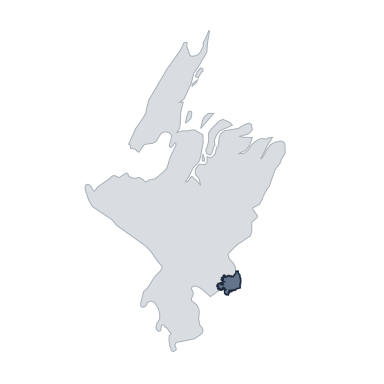 Nawabganj, Rajshahi, Bangladesh (highlighted), rotated 217°
{"feature_id": "16705992B76725860359822", "entity_name": "Nawabganj", "entity_type": "district", "adm_level": 2, "iso_a3": "BGD", "parent_name": "Bangladesh", "parent_adm1": "Rajshahi", "projection": "robinson", "projection_center": [88.409, 24.691], "detail": "fine", "context": "in_parent", "style": "filled", "palette": "slate", "viewbox_px": 384, "rotation_deg": 217, "n_neighbors": 0, "source": "geoboundaries", "source_scale": "gbopen_adm2", "svg_char_len": 8576}
<svg xmlns="http://www.w3.org/2000/svg" viewBox="0 0 384 384"><g transform="rotate(217 192 192)"><path d="M139.1,268.4L139.0,259.7L133.6,242.5L133.9,240.6L132.7,232.3L131.4,227.7L130.7,222.8L133.9,215.8L132.6,214.6L125.5,212.5L124.6,210.7L126.1,203.8L121.0,197.2L118.9,192.3L124.4,176.5L125.8,165.5L125.4,163.4L122.0,161.0L116.1,160.0L111.9,157.9L109.4,154.8L107.3,153.6L104.7,154.5L101.5,153.3L98.7,150.2L96.4,146.4L97.3,142.3L101.6,132.6L103.3,132.4L107.0,134.2L108.4,134.2L110.9,130.4L114.3,119.5L126.4,120.4L129.2,120.1L132.3,119.2L133.9,117.8L134.8,116.1L134.5,114.6L130.8,112.5L129.4,111.0L128.3,106.6L127.2,104.9L120.0,104.7L116.2,102.7L114.2,100.9L110.5,94.9L105.9,90.5L101.6,89.5L99.9,88.1L99.0,85.8L99.5,82.5L101.7,76.2L113.7,62.7L114.0,61.1L113.5,59.4L110.0,57.2L109.8,56.1L110.8,53.3L112.7,52.9L116.9,55.5L121.1,59.7L123.6,63.4L123.6,66.4L126.9,67.0L129.6,68.3L132.5,67.9L134.3,68.6L135.5,68.4L136.0,66.7L133.6,62.4L134.7,60.6L137.5,60.7L139.5,62.3L140.9,65.6L141.2,70.7L144.4,75.3L148.7,78.6L152.0,80.1L156.0,81.2L159.4,80.2L161.1,76.9L160.3,74.1L160.9,71.5L162.2,70.1L164.4,70.1L166.0,72.2L170.7,83.2L169.7,88.1L170.8,101.6L169.7,110.5L170.4,113.8L171.2,114.5L178.3,116.1L188.5,119.6L196.3,121.0L231.6,120.0L239.3,121.7L262.8,120.4L269.3,123.2L276.3,127.8L280.2,131.2L281.0,133.2L280.5,134.9L279.2,135.8L276.8,135.8L271.3,133.6L270.3,134.2L270.3,139.6L265.9,152.9L265.2,157.0L263.7,158.6L259.0,159.5L256.0,167.3L254.7,168.2L251.7,166.5L249.8,166.8L247.4,167.5L245.0,169.3L243.4,171.5L241.5,172.3L234.9,172.2L233.6,175.7L229.3,180.5L226.4,193.0L226.7,196.8L230.4,206.8L233.0,219.7L234.0,221.1L235.2,221.2L235.3,215.2L236.4,214.5L238.0,215.1L241.1,223.1L242.9,225.2L245.6,225.7L248.8,224.5L251.1,222.2L252.0,219.7L251.1,210.9L252.6,207.4L257.9,202.1L258.7,200.5L258.3,191.8L260.3,191.5L263.1,192.2L266.5,190.1L267.5,190.0L269.0,192.3L271.4,191.9L275.2,209.2L275.6,221.4L276.5,228.2L277.8,229.7L281.9,239.9L286.0,275.7L286.6,298.5L288.2,306.3L286.9,308.0L285.6,308.3L284.3,305.6L275.6,299.8L273.5,300.4L270.6,303.8L269.4,306.9L269.9,311.3L270.9,315.6L273.0,318.0L273.2,320.8L275.6,331.0L274.9,331.1L270.1,321.7L264.3,312.6L262.3,296.1L262.1,288.0L258.1,278.5L254.4,261.9L255.9,256.0L253.2,258.6L248.8,248.6L242.0,238.8L240.0,234.5L239.9,230.3L237.0,234.5L233.0,237.5L229.0,242.0L226.3,243.3L217.7,244.2L212.8,238.2L205.6,223.5L204.7,220.2L205.6,211.6L203.9,203.5L203.4,196.3L202.1,196.9L201.6,198.9L201.9,201.9L201.4,204.5L189.5,202.8L194.6,207.1L200.0,208.1L202.9,211.9L203.1,218.3L197.7,222.2L198.2,225.4L201.3,229.3L197.6,230.5L196.6,233.0L196.5,236.7L199.2,242.3L198.7,244.6L203.2,251.9L204.1,255.5L203.0,260.4L193.3,270.6L190.5,277.7L188.1,281.1L185.2,281.7L181.5,278.3L181.4,274.8L182.2,272.0L187.2,265.3L184.5,266.2L176.6,271.8L175.1,267.3L174.1,263.1L174.1,258.0L177.9,250.4L173.6,254.2L172.4,259.0L172.9,264.5L172.4,268.5L170.7,273.7L168.4,276.8L164.7,278.8L163.1,281.8L160.6,284.1L159.7,273.7L157.0,259.6L156.4,262.6L157.8,271.3L157.8,277.0L155.8,281.5L151.7,286.3L148.6,287.0L146.7,286.2L140.9,279.0L140.3,272.2L139.1,268.4ZM210.9,268.6L203.6,270.3L199.9,269.7L206.8,257.1L206.5,251.5L205.4,246.9L201.9,243.2L201.7,240.5L200.1,236.9L199.3,232.7L203.2,231.3L206.3,233.8L207.5,238.5L209.1,242.1L214.5,249.5L214.5,254.1L213.0,265.2L210.9,268.6ZM226.3,264.4L222.0,267.8L223.3,247.9L226.6,255.3L227.5,259.3L226.3,264.4ZM243.2,254.5L241.3,255.9L239.4,254.7L237.1,250.0L238.2,244.1L238.9,243.2L241.7,249.3L243.2,254.5ZM259.7,296.5L257.2,296.8L256.0,295.3L256.5,293.3L255.8,286.9L259.0,286.2L260.2,291.6L259.7,296.5ZM256.8,278.5L255.0,284.9L254.3,282.0L255.5,276.4L256.8,278.5ZM205.1,226.5L205.8,228.6L201.8,225.9L200.7,224.0L202.5,223.1L205.1,226.5Z" fill="#d9dde1" stroke="#a8b0b8" stroke-width="1"/><path d="M111.8,130.2L111.7,130.2L111.7,130.4L112.0,130.5L111.9,130.6L112.0,130.7L112.1,130.9L112.0,131.1L111.8,131.3L111.7,131.4L111.5,131.2L111.5,131.4L111.3,131.5L111.0,131.2L110.8,131.3L110.8,131.1L110.6,131.2L110.6,130.8L110.4,130.8L110.4,131.0L110.2,131.1L110.1,131.3L109.9,131.2L109.5,131.4L109.6,131.7L109.4,131.8L109.4,132.1L109.3,132.3L109.4,132.5L109.2,132.5L109.1,132.4L109.1,132.5L109.0,132.4L108.9,132.5L109.0,133.1L109.3,133.2L109.2,133.5L109.4,133.4L109.7,133.4L109.8,133.7L109.7,133.8L109.6,134.1L109.5,134.4L109.3,134.4L109.3,134.6L109.2,134.7L109.2,134.8L108.7,134.5L108.8,134.4L108.7,134.1L108.5,134.3L108.4,134.2L108.4,134.3L108.2,134.4L108.1,134.7L107.9,134.6L107.8,134.3L107.8,134.2L107.7,133.9L107.3,134.0L107.3,133.9L107.1,133.8L106.9,133.7L106.9,133.4L106.7,133.5L106.6,133.8L106.5,134.4L106.4,134.5L106.2,134.4L106.3,134.1L106.4,133.7L106.4,132.7L106.3,132.3L106.2,132.1L105.9,131.9L105.4,131.4L105.2,131.1L104.9,130.6L103.9,130.6L103.2,130.9L103.0,130.7L102.9,130.9L102.7,131.1L102.5,130.9L102.4,131.1L102.3,131.4L102.0,131.4L102.1,131.5L101.6,131.8L101.5,131.7L101.2,131.6L101.3,132.7L101.6,132.8L101.8,133.0L101.9,133.3L102.1,133.5L102.3,133.6L102.4,133.8L102.1,133.9L102.0,133.7L101.8,134.1L102.1,134.3L102.0,134.7L102.3,135.1L102.6,135.1L102.7,135.3L102.5,135.2L102.2,135.4L102.2,135.8L102.0,135.7L101.7,135.8L101.7,135.6L101.7,135.8L101.5,135.7L101.4,135.7L101.4,136.1L101.5,136.1L101.3,136.1L101.2,136.4L101.3,136.5L101.0,136.5L101.0,136.4L100.9,136.4L101.0,136.7L101.0,137.3L101.1,137.9L100.9,137.9L100.6,137.2L100.1,137.5L99.8,138.2L99.8,139.1L99.4,139.1L99.1,139.0L98.7,139.6L98.4,139.5L98.3,139.9L98.5,140.0L98.2,140.5L98.4,140.9L98.0,141.9L97.8,142.2L97.7,142.4L97.5,142.5L97.2,142.7L95.8,144.5L96.4,145.1L96.6,145.4L97.1,145.7L97.6,146.6L98.3,147.6L98.4,147.9L98.9,148.7L99.1,149.4L99.5,149.9L99.8,150.4L100.8,151.5L101.3,152.1L101.6,152.4L102.0,152.5L102.6,152.9L103.1,153.5L103.3,153.8L103.4,154.1L103.6,154.4L104.1,154.6L104.9,154.7L105.7,155.1L106.3,155.2L106.8,155.6L107.1,156.0L107.2,156.3L107.5,156.6L108.7,155.6L109.0,155.6L109.1,155.1L108.5,154.4L108.3,154.0L108.2,153.8L108.2,153.6L108.0,152.9L108.3,152.3L108.4,151.6L108.2,150.6L107.9,149.8L107.9,149.5L108.1,149.5L108.0,149.3L108.2,149.2L108.4,149.3L108.6,149.3L109.0,148.8L109.2,148.4L109.7,148.5L110.1,148.1L110.1,147.8L110.3,147.6L110.5,147.8L110.6,148.0L110.7,147.8L110.8,147.6L111.2,147.7L111.3,147.8L111.6,147.8L111.8,147.6L112.4,147.4L112.6,147.0L112.9,147.0L112.9,146.9L112.7,146.7L112.7,146.3L112.8,146.2L113.2,146.1L113.3,145.7L112.8,145.5L112.8,145.4L113.0,145.3L113.4,145.3L113.4,145.0L113.4,144.7L113.5,144.6L113.8,144.6L114.0,144.8L114.4,144.8L114.4,145.0L114.7,145.0L114.7,144.8L115.1,145.0L115.1,144.9L115.3,145.0L115.5,144.9L115.7,145.1L115.8,145.1L115.8,144.9L115.7,144.6L115.9,144.5L116.2,144.6L116.2,144.2L116.6,144.3L116.6,144.2L116.6,143.9L116.2,143.9L116.1,144.0L115.8,144.0L115.7,144.1L115.3,144.0L115.0,144.5L114.6,144.3L114.3,144.1L114.5,143.7L114.7,143.8L114.9,143.7L115.1,143.7L115.3,143.9L115.5,143.7L115.4,143.6L115.7,143.4L115.7,143.2L115.7,142.9L115.6,142.7L115.8,142.6L116.0,142.5L116.1,142.1L116.4,142.1L116.5,141.5L116.6,141.4L116.3,141.3L115.9,141.1L115.7,141.4L115.4,141.4L115.1,141.3L114.9,141.5L114.6,141.4L114.6,141.1L114.7,140.7L114.3,140.6L114.4,140.2L114.9,140.0L115.1,140.1L115.1,140.7L115.3,140.7L115.5,140.9L115.7,140.6L115.9,140.8L115.8,140.6L115.7,140.3L115.9,140.0L116.0,139.7L115.9,139.5L115.7,139.6L115.4,139.5L115.1,139.8L115.0,140.0L114.8,139.8L114.8,139.7L114.3,139.5L114.4,139.3L114.2,139.2L113.9,139.3L113.4,139.3L113.2,139.6L112.5,139.7L112.8,139.4L112.7,139.1L113.0,138.9L113.3,138.9L113.3,138.7L113.2,138.5L113.3,138.3L113.5,137.8L113.6,138.0L113.9,137.5L113.8,137.4L114.0,137.1L113.9,136.9L113.6,137.1L113.4,137.3L113.1,137.1L112.8,137.1L112.6,137.1L112.5,136.9L112.5,136.7L112.9,136.7L112.8,136.3L112.6,136.3L112.6,136.6L112.3,136.6L112.2,136.9L112.1,137.0L111.9,137.0L111.7,137.3L111.3,137.2L111.4,136.7L111.4,136.8L111.5,136.9L111.9,136.8L112.0,136.8L112.1,136.6L111.8,136.4L112.0,136.3L112.3,136.3L112.3,136.2L112.2,136.0L112.5,135.9L112.6,136.1L112.8,136.0L112.9,135.9L113.0,135.9L113.1,136.1L113.5,136.3L113.7,135.9L114.4,136.0L114.4,135.8L114.3,135.7L114.1,135.5L113.9,135.5L114.1,135.2L114.5,135.3L114.7,135.6L115.0,136.0L115.2,135.7L115.1,135.1L115.4,135.0L115.4,134.9L115.6,134.8L115.6,134.6L115.7,134.3L115.9,134.3L115.7,134.0L115.7,133.9L115.6,133.6L115.5,133.4L115.5,133.2L115.9,133.0L115.9,132.7L115.7,132.5L115.8,132.3L115.8,132.2L115.5,131.9L115.3,131.9L114.9,131.5L114.5,131.8L114.1,131.8L114.2,132.1L114.4,132.2L114.4,132.4L114.4,132.5L114.1,132.6L113.9,132.4L113.7,132.4L113.3,132.0L113.3,131.8L113.3,131.7L113.4,131.3L113.3,131.2L113.5,130.7L113.4,130.4L113.1,130.2L112.9,130.2L112.4,130.4L112.0,130.5L111.8,130.2Z" fill="#64748b" stroke="#1e293b" stroke-width="1.5"/></g></svg>